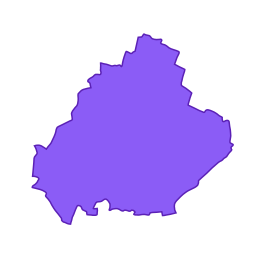 Tan An, Long An, Vietnam (Albers equal-area conic projection), rotated 173°
{"feature_id": "81297802B36271966780528", "entity_name": "Tan An", "entity_type": "district", "adm_level": 2, "iso_a3": "VNM", "parent_name": "Vietnam", "parent_adm1": "Long An", "projection": "albers", "projection_center": [106.404, 10.526], "detail": "fine", "context": "isolated", "style": "filled", "palette": "violet", "viewbox_px": 256, "rotation_deg": 173, "n_neighbors": 0, "source": "geoboundaries", "source_scale": "gbopen_adm2", "svg_char_len": 4829}
<svg xmlns="http://www.w3.org/2000/svg" viewBox="0 0 256 256"><g transform="rotate(173 128 128)"><path d="M223.0,121.7L222.5,120.6L221.8,118.4L221.5,116.6L221.2,114.6L221.2,114.3L221.5,113.5L222.1,112.8L222.7,112.3L224.4,110.5L225.0,109.0L225.6,105.5L227.3,97.5L228.1,93.8L228.6,91.7L227.1,91.5L225.1,90.8L223.7,90.0L222.8,89.1L222.7,88.5L223.0,87.7L223.7,86.9L224.9,85.1L226.8,83.5L229.4,82.2L229.8,81.8L230.3,80.9L230.2,80.6L227.3,79.5L222.5,77.6L220.1,76.3L217.7,74.5L217.1,73.6L217.0,72.8L217.2,72.3L218.0,71.0L218.0,70.4L217.9,70.0L216.0,67.3L214.3,64.3L212.9,60.6L211.4,57.3L210.2,55.0L207.8,51.2L205.2,46.8L205.0,45.8L205.1,44.5L204.5,43.5L203.6,42.6L202.0,41.9L199.9,40.6L198.5,40.0L196.8,39.6L196.7,39.6L196.3,40.9L195.2,43.3L194.2,46.1L192.5,48.8L190.0,53.5L188.6,55.8L188.0,56.7L187.4,57.1L186.8,57.1L186.3,57.0L186.2,57.0L184.9,56.4L184.2,55.7L183.8,54.5L183.4,53.1L182.9,52.3L182.0,51.7L180.6,50.8L179.5,50.1L179.3,49.7L179.3,49.0L179.3,47.8L179.2,47.0L177.6,46.6L175.0,46.1L174.1,45.8L171.5,45.4L170.4,45.4L169.6,45.6L169.2,46.1L168.9,47.8L168.4,50.0L168.4,51.9L170.1,51.9L171.5,52.0L172.2,52.3L171.8,53.4L170.9,54.8L169.0,57.6L167.9,58.3L166.9,58.4L164.7,58.3L163.3,58.5L162.6,58.8L160.6,59.9L159.5,60.2L158.5,60.1L157.1,58.9L156.0,57.0L155.8,56.4L155.2,55.1L155.2,53.8L155.5,51.9L155.9,50.4L156.5,49.6L156.6,48.8L156.1,48.5L155.2,48.6L154.0,49.3L152.1,49.5L150.2,49.5L148.5,49.3L146.7,48.4L144.8,46.9L143.8,46.4L142.7,46.3L141.7,46.8L140.8,46.8L139.4,46.4L137.8,45.7L137.3,45.4L136.1,45.2L135.2,45.6L134.5,46.0L133.9,45.9L133.0,45.7L132.2,45.0L131.5,44.1L131.3,43.7L132.4,42.3L132.7,41.6L132.2,41.2L131.5,40.9L130.3,40.7L127.8,40.3L125.4,40.4L124.0,40.4L122.0,40.2L118.8,39.2L117.9,39.1L117.4,39.5L117.0,40.0L116.4,41.1L114.1,41.2L109.9,40.9L106.2,40.8L104.7,40.7L104.5,38.3L104.4,36.9L102.9,36.8L100.4,37.0L96.6,37.2L93.2,37.6L90.7,37.9L91.6,40.8L91.6,42.5L91.6,44.5L91.1,46.8L90.2,48.3L88.8,49.8L84.2,53.5L81.4,55.5L78.8,57.0L76.7,58.1L74.9,58.8L72.6,59.6L70.0,60.5L68.9,60.9L67.1,61.8L65.8,62.8L65.0,64.3L64.7,65.2L64.4,67.2L63.7,67.7L60.8,69.8L55.3,73.6L49.6,78.0L45.8,80.6L42.4,82.9L40.7,83.7L39.2,84.2L38.0,84.9L37.0,85.8L36.1,86.4L34.9,86.9L33.6,87.6L32.5,88.9L31.2,90.4L30.1,91.4L28.5,92.7L27.7,93.7L27.9,94.1L28.0,94.6L28.1,95.1L28.1,96.1L27.9,96.4L27.6,96.8L27.1,97.1L26.2,97.7L25.7,98.4L25.7,98.6L25.9,99.0L26.4,99.4L28.0,100.5L28.4,100.9L28.5,101.4L28.5,102.0L28.2,103.4L27.5,105.7L27.0,107.6L26.8,110.6L26.7,113.7L26.9,117.3L26.9,119.8L26.9,120.4L26.9,121.1L26.9,121.8L27.0,122.1L27.2,122.7L27.6,123.1L28.1,123.4L28.8,123.4L29.4,123.5L30.3,123.3L31.6,122.8L32.3,122.7L32.6,122.8L33.1,123.0L33.3,123.4L33.3,124.0L33.4,124.6L33.4,125.7L33.3,126.4L33.2,127.1L34.5,128.1L35.5,128.7L36.3,129.4L38.1,131.3L40.6,133.3L42.6,134.5L44.4,135.5L46.4,136.3L47.5,136.4L48.8,135.9L49.6,134.9L49.9,134.6L50.3,134.3L51.0,134.3L51.4,134.6L55.2,136.7L59.9,139.8L64.8,142.9L65.5,143.4L65.3,144.4L62.7,150.5L61.0,153.9L60.5,154.9L61.9,156.6L65.8,160.4L69.3,163.2L69.8,164.1L69.8,164.9L69.5,166.7L68.7,168.5L67.6,171.7L66.4,174.4L64.8,177.9L64.6,178.9L64.5,179.2L65.5,179.9L69.6,182.5L74.0,185.6L70.8,192.0L68.3,195.8L68.0,197.1L68.6,197.8L70.3,198.8L73.3,200.2L75.6,201.3L77.7,202.7L78.5,203.6L79.8,204.9L81.4,206.1L83.2,206.8L84.7,207.6L85.2,208.3L85.2,208.5L85.1,208.8L84.7,209.3L83.8,210.8L84.0,211.7L84.6,212.1L86.1,212.1L89.0,212.3L91.1,212.8L93.1,213.7L94.1,214.9L94.5,215.8L95.1,216.6L95.7,217.1L97.1,217.6L99.1,218.3L100.5,219.2L101.0,219.2L103.0,216.9L103.5,216.7L106.8,216.8L111.6,203.4L113.7,202.7L114.7,201.9L115.2,201.6L116.4,201.7L118.2,203.0L120.0,204.1L120.5,204.1L121.2,203.1L123.2,199.0L124.4,196.2L125.5,193.1L126.0,191.3L126.6,190.1L127.1,189.8L127.5,190.1L127.8,190.9L128.2,191.3L128.6,191.5L129.6,191.5L130.4,191.4L131.2,191.2L131.7,191.2L132.3,191.4L133.3,191.7L134.0,191.7L134.8,191.6L135.4,191.5L136.3,191.5L136.8,191.6L138.3,192.3L141.4,193.8L144.3,194.7L146.9,195.8L147.3,195.8L147.5,193.2L147.8,191.4L148.0,189.9L148.3,188.8L148.1,187.4L148.0,186.5L148.4,185.0L149.0,184.5L149.6,184.4L151.2,184.8L153.6,185.1L154.4,184.8L155.2,184.3L156.1,183.5L157.4,182.8L159.4,182.0L161.0,181.1L161.8,180.4L162.1,179.7L162.1,178.9L161.2,178.2L160.4,177.2L160.2,176.6L160.2,175.2L159.9,172.5L163.3,172.3L167.6,171.7L169.1,171.2L170.3,170.5L173.2,168.1L173.4,167.6L173.6,166.7L173.7,165.5L173.8,163.4L174.1,161.4L174.9,158.5L175.6,157.0L176.2,156.2L178.2,154.5L180.9,151.7L182.0,150.0L182.3,149.2L182.3,148.2L182.2,146.4L182.2,144.4L182.2,143.4L182.5,143.0L183.2,142.5L184.5,142.2L188.2,140.9L193.3,139.1L196.6,138.0L197.5,137.6L198.1,137.3L198.8,136.4L199.5,135.0L200.1,133.1L201.0,131.0L202.5,128.3L204.2,125.6L206.1,122.6L207.4,121.2L209.3,119.5L210.3,118.5L211.6,117.0L213.8,118.9L216.2,120.8L217.8,121.6L219.3,121.9L221.3,122.0L223.0,121.7Z" fill="#8b5cf6" stroke="#5b21b6" stroke-width="1.5"/></g></svg>